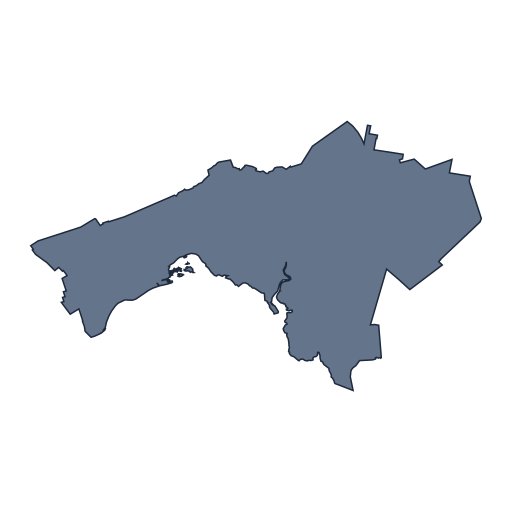 Brighton, Tasmania, Australia (Natural Earth projection)
{"feature_id": "25037944B48970679767962", "entity_name": "Brighton", "entity_type": "district", "adm_level": 2, "iso_a3": "AUS", "parent_name": "Australia", "parent_adm1": "Tasmania", "projection": "natural_earth1", "projection_center": [147.219, -42.727], "detail": "fine", "context": "isolated", "style": "filled", "palette": "slate", "viewbox_px": 512, "rotation_deg": 0, "n_neighbors": 0, "source": "geoboundaries", "source_scale": "gbopen_adm2", "svg_char_len": 6110}
<svg xmlns="http://www.w3.org/2000/svg" viewBox="0 0 512 512"><path d="M470.3,176.2L449.4,172.9L452.0,159.4L425.3,169.0L414.2,159.1L400.3,162.8L399.4,159.9L402.5,158.9L403.2,154.3L374.0,149.8L376.1,138.5L376.8,138.6L377.5,135.2L369.1,133.7L370.7,125.8L367.5,125.3L364.0,143.9L361.7,138.7L357.9,132.3L352.8,126.1L347.2,121.5L312.4,146.2L301.3,163.9L290.8,167.1L290.4,166.2L286.2,169.3L282.1,166.9L276.9,167.2L274.6,168.0L272.7,170.9L269.2,171.8L268.2,173.2L267.3,173.5L265.8,173.1L263.2,171.1L260.0,171.8L256.0,170.8L255.5,170.0L256.5,169.1L256.3,168.5L252.6,166.6L246.4,165.2L244.9,165.4L244.4,166.9L243.8,167.0L241.1,169.9L239.6,170.0L239.3,168.6L237.8,168.8L235.1,167.4L233.3,167.3L230.5,160.0L218.8,162.1L217.5,162.8L215.5,165.1L213.5,166.0L212.0,167.6L207.9,170.1L209.1,175.3L204.5,179.4L201.9,182.6L198.8,183.7L196.4,185.7L194.0,186.5L193.5,186.9L193.3,187.8L189.0,189.7L185.7,190.1L184.7,189.2L182.9,190.7L178.5,192.8L176.3,196.0L174.5,195.2L124.4,216.8L108.7,221.8L108.4,221.2L102.8,223.1L103.1,223.8L100.2,225.5L95.6,218.8L94.6,218.7L80.7,227.1L38.1,240.9L30.7,245.7L33.3,249.2L32.3,249.9L35.6,254.4L47.0,262.7L54.8,270.6L58.7,267.4L62.5,271.2L63.3,270.5L66.4,274.6L67.0,275.6L62.1,278.5L66.2,290.9L63.4,291.7L65.0,296.7L62.5,297.4L63.9,301.6L61.3,302.3L70.2,314.2L78.9,308.9L82.7,320.6L82.4,321.1L84.4,326.5L85.1,331.3L91.1,337.3L94.6,336.2L100.1,333.7L100.7,333.0L101.3,333.1L104.7,330.2L105.7,328.1L103.1,330.7L102.6,330.8L103.9,329.8L103.9,329.3L105.2,327.8L106.6,321.7L109.0,315.8L111.6,311.0L115.4,305.8L117.9,303.3L124.9,299.9L130.5,300.2L132.8,300.1L135.8,299.1L148.9,290.2L153.0,288.1L159.1,286.0L156.7,283.0L159.6,285.8L167.0,284.2L171.7,282.8L172.5,281.9L172.2,281.0L170.6,281.2L168.7,282.4L168.5,282.2L168.8,281.6L167.8,281.8L167.9,281.4L167.5,281.1L169.1,281.0L169.4,280.6L167.7,280.7L167.7,280.2L169.4,280.2L169.4,279.8L168.9,279.6L166.3,279.4L161.4,280.7L163.5,279.8L162.5,279.7L165.2,279.5L166.7,278.8L166.9,279.2L167.7,279.1L168.6,277.6L170.2,276.9L169.8,276.0L171.4,275.5L170.7,274.7L169.8,274.5L169.2,273.5L169.2,270.7L168.5,270.0L168.5,269.4L169.7,266.9L168.7,266.5L170.2,264.9L173.7,262.8L177.8,258.6L179.9,257.2L183.9,256.2L186.1,254.9L191.2,253.4L195.7,254.0L198.5,255.7L202.3,261.5L205.3,263.5L206.0,264.8L205.8,265.9L208.6,268.3L211.2,272.1L214.5,275.4L216.6,276.0L217.4,275.2L218.9,274.8L222.3,276.3L222.9,276.1L223.3,275.4L224.4,275.2L227.7,275.7L226.1,276.5L225.5,277.8L228.7,279.0L229.8,279.0L232.8,281.6L235.5,285.1L236.9,284.8L238.5,286.4L242.7,283.1L245.0,282.8L248.0,284.0L249.4,285.6L250.9,286.4L252.5,288.0L254.5,288.2L261.4,292.8L264.1,293.3L264.4,293.8L264.9,300.4L266.9,301.1L267.4,301.7L267.3,302.3L267.8,302.5L267.7,302.8L269.6,305.5L269.4,306.5L270.0,308.0L273.6,312.2L274.1,314.0L277.8,313.0L278.3,312.5L278.3,311.5L274.8,305.9L272.9,305.1L271.9,304.1L272.6,304.1L271.6,303.1L271.5,302.3L270.8,302.2L271.6,301.5L272.1,297.7L274.3,294.6L277.7,290.9L279.5,284.2L280.5,282.4L282.8,279.9L287.6,279.8L289.4,279.1L289.3,278.1L284.6,274.4L283.4,271.1L283.3,270.0L285.6,265.4L286.0,264.0L285.9,262.8L286.3,262.6L286.4,264.9L285.6,268.0L284.2,270.3L284.3,271.5L285.0,273.4L286.3,274.8L289.6,276.4L290.6,277.7L290.8,279.1L289.2,280.5L283.1,281.9L281.5,283.5L280.7,285.1L279.8,290.3L280.1,290.6L279.7,290.6L279.6,291.3L277.7,293.9L276.6,296.5L276.5,297.3L277.6,299.8L280.3,302.5L281.5,303.1L282.9,303.0L283.4,303.8L284.8,303.9L285.4,305.2L285.9,305.4L285.8,306.6L287.9,308.0L287.7,308.8L286.4,309.1L286.4,309.9L288.9,310.8L290.6,310.1L291.9,310.1L292.4,310.6L292.2,311.8L291.5,312.0L291.0,312.6L287.3,312.7L286.8,313.3L287.1,316.7L286.8,318.2L284.7,321.0L285.1,322.4L286.7,323.0L287.0,324.2L285.3,325.0L283.2,328.7L283.6,330.4L284.8,332.7L287.2,333.5L286.7,334.6L286.7,335.5L287.4,337.5L288.1,338.4L288.8,342.3L289.0,346.0L289.5,347.2L289.0,348.6L288.6,351.7L289.5,352.3L289.4,353.6L291.1,355.7L294.0,356.8L298.6,360.7L299.4,360.6L300.3,359.3L302.9,359.1L305.0,360.5L307.4,360.9L308.8,360.3L310.8,360.5L313.1,359.9L312.9,358.3L313.1,357.8L314.3,356.8L316.0,356.6L316.6,356.1L317.4,355.1L317.6,352.4L318.5,352.2L319.2,352.7L319.1,353.8L319.9,354.9L320.1,358.3L320.9,361.2L322.8,362.0L323.1,363.3L323.8,364.4L328.9,368.4L329.1,370.5L331.3,374.8L331.1,377.0L332.3,377.8L334.1,380.9L334.3,382.2L334.9,383.5L353.1,390.5L350.3,376.8L350.9,371.1L351.6,369.5L352.9,367.9L356.0,365.5L359.6,360.6L372.6,359.9L375.4,359.1L375.8,358.7L375.6,357.7L376.5,357.4L378.5,358.1L379.8,357.6L380.8,358.2L381.3,357.4L378.7,325.2L374.6,324.5L370.4,324.9L386.6,269.1L399.3,280.0L409.8,289.6L442.3,265.0L438.7,261.6L440.5,259.8L440.3,259.6L480.1,221.9L481.3,218.4L469.3,181.5L470.3,176.2ZM186.2,268.7L185.5,269.6L184.1,269.4L184.0,270.0L184.5,270.7L186.3,271.1L187.9,270.7L188.1,271.0L189.0,271.0L190.3,272.3L191.4,271.7L193.0,272.6L193.9,272.5L192.4,271.4L192.9,270.8L192.7,269.1L190.5,266.9L188.7,267.3L188.0,266.8L186.8,266.9L187.0,268.1L186.0,268.0L186.2,268.7ZM177.2,272.1L177.9,270.9L177.4,270.5L178.2,270.6L177.9,269.9L179.3,269.2L180.4,269.6L179.8,271.0L181.2,271.4L181.6,270.9L180.6,270.3L181.0,269.7L180.5,269.3L181.2,268.7L178.4,267.3L178.2,267.8L178.7,268.5L177.5,268.5L177.5,269.8L176.3,268.8L175.1,270.2L175.5,269.2L174.2,268.3L173.9,268.6L174.2,269.3L173.3,269.8L173.6,270.3L172.7,270.5L172.4,272.0L173.2,272.8L173.6,272.6L173.7,271.8L174.0,271.5L174.9,271.7L175.4,270.5L175.7,270.6L175.7,271.5L177.2,271.4L176.8,271.8L177.2,272.1ZM182.9,275.0L182.4,274.6L182.8,274.4L180.5,273.8L179.1,274.7L178.8,274.4L179.1,273.8L178.4,273.8L177.9,274.7L178.1,275.2L178.9,275.5L178.1,276.2L179.3,276.7L181.6,276.2L182.3,275.6L182.1,275.2L182.9,275.0ZM185.5,255.7L183.5,256.9L184.2,257.8L185.8,257.4L186.7,256.3L186.5,255.8L185.5,255.7ZM169.3,273.2L170.2,274.2L171.1,274.1L171.6,274.8L172.5,274.9L172.0,273.8L171.0,273.0L170.3,273.5L169.4,272.7L169.3,273.2ZM171.1,271.1L171.1,270.6L170.3,270.9L170.4,271.7L171.7,272.8L171.5,273.0L171.7,273.4L172.3,273.4L172.0,272.7L172.3,272.2L171.9,271.3L171.1,271.1ZM185.9,264.1L187.5,264.3L188.0,263.7L187.6,262.9L187.4,263.9L186.3,263.7L185.9,264.1ZM189.8,263.8L188.2,263.0L188.4,263.7L189.8,263.8Z" fill="#64748b" stroke="#1e293b" stroke-width="1.5"/></svg>